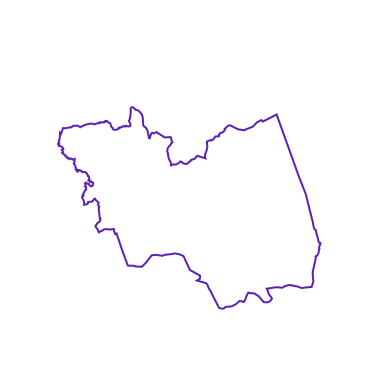 the district of Eloxochitlán, Puebla, Mexico, rotated 199°
{"feature_id": "50627088B39067728533563", "entity_name": "Eloxochitlán", "entity_type": "district", "adm_level": 2, "iso_a3": "MEX", "parent_name": "Mexico", "parent_adm1": "Puebla", "projection": "mercator", "projection_center": [-96.905, 18.503], "detail": "fine", "context": "isolated", "style": "outline", "palette": "violet", "viewbox_px": 384, "rotation_deg": 199, "n_neighbors": 0, "source": "geoboundaries", "source_scale": "gbopen_adm2", "svg_char_len": 6004}
<svg xmlns="http://www.w3.org/2000/svg" viewBox="0 0 384 384"><g transform="rotate(199 192 192)"><path d="M290.3,146.4L289.8,144.8L287.4,146.2L286.7,147.3L287.0,148.7L283.3,150.5L283.1,151.1L282.9,151.1L282.4,153.0L282.4,153.4L281.4,154.1L280.8,153.3L278.6,152.3L276.8,151.6L276.8,149.5L274.9,147.9L275.2,147.0L271.3,138.4L269.9,137.0L270.4,136.2L269.4,134.8L269.9,133.5L271.1,132.3L272.3,128.2L269.0,125.8L267.0,123.6L266.6,123.5L266.0,124.8L264.8,125.7L264.7,126.1L264.3,126.3L263.7,126.8L263.1,128.0L261.3,128.9L256.8,130.0L254.4,131.4L253.8,131.5L252.6,129.1L250.7,127.1L249.8,128.2L239.1,114.3L228.8,101.6L227.2,101.9L224.4,103.0L220.4,103.4L214.9,105.1L214.5,106.3L212.7,109.7L209.5,119.0L205.8,120.8L199.4,122.0L197.0,123.9L192.4,126.0L188.1,128.4L184.0,129.0L179.1,128.6L168.6,117.6L157.1,115.5L156.3,112.4L158.5,109.9L148.9,110.4L146.9,109.0L144.9,106.5L141.8,104.0L136.8,99.0L128.7,91.2L126.1,91.4L124.1,92.1L122.7,94.3L117.1,96.9L115.2,99.0L113.9,100.3L111.7,104.3L109.7,104.9L107.3,104.8L106.5,107.6L106.7,110.6L106.3,114.1L105.9,115.3L103.9,115.2L102.3,115.9L100.2,116.4L94.9,115.1L88.3,111.2L85.5,112.0L84.2,112.5L82.5,114.5L81.7,117.2L83.5,118.8L85.4,119.9L86.7,121.1L87.8,123.0L89.9,124.9L87.3,126.2L83.0,128.6L80.1,129.8L75.4,130.9L73.0,133.7L69.3,135.9L62.2,136.9L56.9,136.9L54.1,138.4L48.0,141.2L48.1,146.9L49.6,150.0L51.8,155.5L53.4,169.5L54.2,171.3L52.9,172.7L52.5,175.7L53.2,178.7L53.0,179.8L53.3,180.0L53.7,180.8L53.9,183.0L54.0,183.6L53.8,183.8L53.9,184.3L53.7,184.6L53.7,185.3L53.8,185.5L54.2,185.7L55.2,185.7L55.6,185.7L55.8,185.8L56.5,186.8L56.8,187.4L57.9,188.9L57.9,189.2L58.6,190.1L59.5,191.7L59.9,192.1L60.5,192.5L62.1,195.8L62.9,196.4L64.0,196.8L64.9,197.7L66.3,199.8L67.9,202.7L83.7,227.0L96.3,241.8L137.2,292.8L148.0,281.6L149.6,282.6L150.1,282.4L151.1,281.1L152.7,279.6L153.8,278.0L154.5,276.2L155.6,273.9L157.2,272.3L160.8,269.3L162.0,268.0L163.2,267.3L164.1,267.1L165.4,266.9L168.2,266.3L169.5,266.4L171.1,266.6L172.4,266.7L174.0,266.9L176.3,267.4L177.2,267.5L179.1,266.8L179.6,266.2L180.6,264.2L181.7,262.3L181.3,262.1L181.2,261.6L181.2,260.8L181.6,260.0L182.7,258.0L183.5,257.5L184.1,257.4L184.5,256.4L184.8,255.9L185.2,255.4L185.2,255.2L185.1,254.9L184.9,254.5L184.7,253.8L184.7,253.4L185.0,253.1L185.4,253.0L186.2,252.9L187.1,252.5L187.8,252.2L188.2,251.8L188.3,251.5L188.4,250.4L188.8,249.5L188.9,248.6L189.3,248.2L189.9,247.9L190.1,247.7L190.3,247.1L190.6,247.0L191.4,247.0L191.7,246.6L192.9,246.0L193.3,245.6L193.6,245.4L194.0,245.0L194.1,244.4L194.2,243.8L193.8,243.1L192.2,239.7L191.7,235.9L191.8,233.7L191.8,231.4L191.3,230.4L191.3,230.1L191.2,229.4L190.9,228.9L190.3,228.2L198.6,227.9L199.1,227.6L199.3,227.1L199.8,225.0L200.6,224.0L201.5,223.3L202.5,222.6L203.4,221.8L203.5,221.3L203.4,220.7L204.1,220.2L204.7,218.9L205.5,217.7L206.2,216.8L207.9,216.3L209.2,216.3L209.8,216.5L210.4,216.4L210.8,216.5L211.4,217.1L212.4,217.2L213.0,217.0L213.5,216.4L213.8,215.2L214.3,214.5L215.2,213.7L215.9,212.9L216.6,212.5L217.2,212.4L218.3,212.1L218.9,211.8L219.5,211.5L220.3,210.3L220.5,210.3L221.6,212.8L222.5,214.0L224.0,215.1L225.1,216.4L227.8,221.4L228.6,222.3L229.2,224.6L229.1,226.1L228.5,227.9L228.2,228.5L227.8,228.9L227.7,230.3L227.3,231.5L226.8,232.3L226.7,232.7L227.2,233.3L228.0,233.8L228.4,234.5L229.0,235.3L229.2,236.1L229.7,236.8L231.1,236.6L233.3,235.6L235.0,235.0L235.9,234.7L236.7,234.7L237.5,235.3L242.3,236.3L245.1,237.2L245.9,236.1L246.3,235.5L246.9,235.1L248.0,234.9L248.7,235.2L249.3,234.7L249.5,233.4L249.6,232.2L249.5,229.0L250.4,229.1L251.6,231.5L253.0,233.8L254.7,236.4L257.3,238.1L258.8,238.4L259.7,239.1L260.3,240.2L261.0,242.1L263.0,246.8L264.7,249.0L266.8,250.4L268.3,251.0L269.6,251.6L270.2,251.6L271.7,251.3L273.6,252.1L274.6,252.7L275.6,252.9L276.8,252.2L277.2,251.4L277.2,250.5L276.4,249.1L275.8,247.1L275.3,245.0L274.6,241.1L274.8,238.7L273.1,237.0L272.3,236.1L272.3,235.6L272.1,234.9L271.8,234.4L273.2,233.3L274.4,233.1L276.5,233.1L276.8,231.9L278.5,231.9L279.2,231.0L280.3,229.9L280.9,229.9L281.5,229.4L281.9,229.0L281.4,228.7L282.4,227.4L284.2,226.1L285.4,225.6L286.6,225.5L287.4,225.8L287.9,226.7L289.4,227.4L291.7,230.4L293.5,230.5L293.9,230.5L295.6,231.6L297.1,230.8L296.8,230.2L297.3,229.8L297.3,230.0L297.7,229.8L297.5,229.4L297.9,229.2L298.0,229.3L298.7,229.0L299.1,228.8L300.5,228.3L301.5,227.9L301.3,227.5L301.4,227.3L301.8,227.6L302.6,227.3L302.9,226.9L303.3,226.7L305.6,224.6L305.9,224.5L307.3,224.1L308.5,224.1L309.6,223.9L314.4,221.1L318.7,217.1L318.8,216.9L321.1,217.4L322.1,217.4L325.9,215.9L326.5,215.1L327.0,213.9L327.4,213.7L327.6,213.6L328.1,213.6L328.5,213.4L331.1,211.9L331.9,211.3L334.3,210.5L334.9,210.2L334.6,207.0L334.9,204.1L336.0,204.9L334.5,199.7L334.5,196.3L333.7,195.8L333.4,194.5L333.7,194.4L333.8,194.1L334.2,194.0L333.5,192.9L333.0,192.3L332.7,192.6L332.0,192.7L331.2,192.6L330.2,192.3L328.7,191.9L327.6,190.7L328.8,189.4L327.6,188.4L326.8,187.8L327.5,186.7L325.8,186.0L324.9,185.8L323.8,185.7L323.6,185.1L323.2,184.4L322.5,184.5L322.4,184.7L321.4,184.6L321.2,183.8L321.0,183.5L320.2,183.3L319.7,183.8L319.2,183.9L318.4,183.2L318.1,183.2L317.9,184.1L315.1,184.3L314.7,183.8L313.6,184.9L313.5,184.2L312.7,181.9L313.2,180.7L313.1,180.4L310.9,178.9L309.8,177.2L309.6,175.9L308.6,174.9L307.5,174.2L307.4,174.5L306.6,174.4L306.9,175.5L306.4,175.7L306.6,175.9L305.3,176.0L305.2,175.8L303.3,176.0L303.0,175.5L302.8,175.3L301.7,175.1L300.6,175.7L300.1,176.1L298.1,175.8L297.6,174.9L296.2,174.3L295.8,173.8L295.5,173.2L294.8,173.1L294.9,172.7L294.0,172.1L293.3,170.8L293.1,170.5L293.7,169.8L293.6,168.9L293.0,169.1L292.4,168.8L292.0,168.8L291.6,168.6L291.3,168.9L291.1,168.4L289.4,168.8L288.4,168.5L288.3,168.4L288.0,165.9L288.1,165.7L288.9,164.6L291.1,164.9L291.8,165.9L292.1,166.1L293.3,165.9L294.2,165.6L295.4,166.3L296.0,165.5L294.9,163.7L294.7,162.6L294.8,162.4L293.9,162.4L292.9,159.9L293.2,159.4L293.3,158.7L293.8,158.5L293.9,156.0L294.4,154.1L293.6,153.5L293.3,153.1L294.3,152.3L294.2,151.0L291.8,148.8L291.0,147.6L290.4,146.4L290.3,146.4Z" fill="none" stroke="#5b21b6" stroke-width="2"/></g></svg>